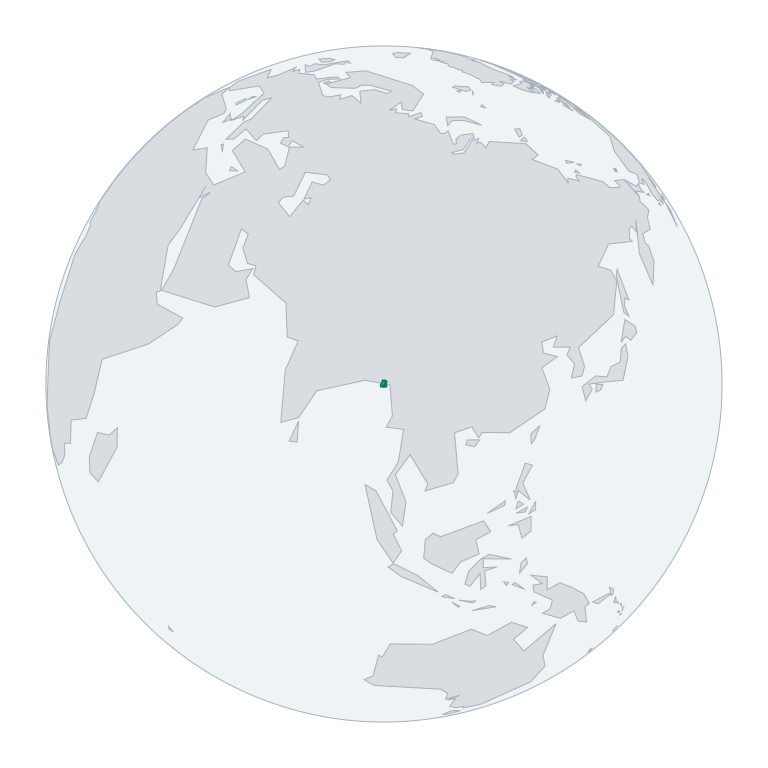 globe centered on Barisal, rotated 27°
{"feature_id": "BGD-2475", "entity_name": "Barisal", "entity_type": "Division", "adm_level": 1, "iso_a3": "BGD", "parent_name": "Bangladesh", "parent_adm1": "", "projection": "orthographic", "projection_center": [90.394, 22.436], "detail": "fine", "context": "on_globe", "style": "filled", "palette": "teal", "viewbox_px": 768, "rotation_deg": 27, "n_neighbors": 0, "source": "natural_earth", "source_scale": "10m", "svg_char_len": 14336}
<svg xmlns="http://www.w3.org/2000/svg" viewBox="0 0 768 768"><g transform="rotate(27 384 384)"><circle cx="384" cy="384" r="338" fill="#eef3f6" stroke="#a8b0b8"/><path d="M512.0,71.3L522.7,77.4L537.1,84.9L526.0,80.0L560.2,99.0L574.1,110.8L552.2,94.6L545.1,91.0L551.4,96.9L545.6,94.6L545.2,96.5L537.6,93.5L525.4,85.4L520.2,83.7L525.0,88.1L520.4,88.8L514.2,82.3L505.5,83.1L483.4,71.9L472.8,60.9L454.3,55.9L426.9,48.9L423.2,48.6L410.4,47.1L401.3,46.6L399.1,46.4L428.0,49.0L456.6,54.0L484.7,61.4L512.0,71.3ZM398.4,46.4L393.7,46.3L397.8,46.7L396.9,47.0L391.9,47.1L387.8,46.5L389.7,46.4L385.9,46.3L386.0,46.1L383.2,46.2L379.6,46.1L398.4,46.4ZM378.4,46.1L375.7,46.5L366.1,46.6L365.3,46.6L378.4,46.1ZM548.8,91.4L544.7,88.4L550.7,92.3L548.8,91.4ZM546.5,97.3L549.6,99.1L548.1,99.4L546.5,97.3ZM535.2,95.5L531.9,96.0L533.1,94.0L535.2,95.5ZM528.6,95.4L520.8,97.6L526.9,101.3L505.3,92.8L519.1,93.2L519.6,89.9L523.4,93.3L528.6,95.4ZM401.2,46.9L396.7,46.5L405.0,47.0L401.2,46.9ZM406.8,47.3L433.7,50.1L437.9,51.5L428.0,49.9L437.1,52.3L425.9,51.4L418.4,49.9L417.9,49.1L414.0,49.5L406.8,47.3ZM494.6,88.2L490.9,87.9L492.4,86.7L494.6,88.2ZM397.2,47.3L402.2,47.4L406.2,48.5L396.8,48.4L398.5,48.0L397.2,47.3ZM445.0,53.7L446.3,54.8L437.6,54.3L436.9,54.8L426.0,51.6L445.0,53.7ZM395.1,47.8L391.9,48.4L385.5,48.1L392.5,47.2L395.1,47.8ZM411.2,48.9L412.7,49.5L408.8,49.1L411.2,48.9ZM361.0,48.5L366.9,48.1L369.5,48.4L361.0,48.5ZM391.1,48.7L393.3,48.9L395.0,49.1L391.7,49.6L391.1,48.7ZM420.6,51.7L416.7,51.5L424.6,53.0L418.4,53.2L412.2,51.1L412.3,52.1L410.4,52.2L407.5,50.6L420.6,51.7ZM393.3,51.0L383.4,49.4L371.7,49.8L369.1,49.4L388.3,48.8L393.3,51.0ZM401.9,50.8L396.0,50.7L395.7,49.8L399.6,49.4L401.9,50.8ZM416.4,54.2L427.5,54.4L428.5,54.9L416.4,54.2ZM390.0,51.2L392.5,51.7L389.2,51.4L390.0,51.2ZM408.3,53.3L412.1,53.2L413.1,53.7L408.3,53.3ZM394.2,52.9L391.0,52.3L393.5,51.8L394.2,52.9ZM400.7,53.2L401.2,54.1L396.4,52.0L402.3,53.0L400.7,53.2ZM408.6,53.9L410.5,54.2L406.9,53.9L408.6,53.9ZM386.5,55.7L379.9,53.2L385.4,51.9L391.1,54.4L386.5,55.7ZM93.6,211.2L111.5,189.9L108.0,199.4L118.8,210.8L118.5,215.6L107.4,228.8L107.5,262.3L119.2,253.7L129.1,276.6L142.0,284.1L164.0,258.0L143.0,244.9L149.1,228.8L173.7,227.3L193.6,240.4L196.6,234.7L192.2,215.9L205.1,209.3L191.7,208.9L190.9,216.1L182.5,216.5L182.7,210.0L187.2,207.6L183.6,201.9L162.8,216.2L159.9,225.1L145.3,219.4L138.9,234.1L132.0,237.6L140.2,214.3L145.7,207.7L154.0,180.2L146.8,186.2L138.5,213.1L137.4,209.2L127.6,219.3L134.2,208.6L145.1,179.2L137.4,175.1L113.2,192.9L111.8,190.1L117.2,179.9L140.6,154.9L141.1,164.1L149.4,156.8L161.7,142.0L160.9,146.6L166.0,142.1L167.4,145.7L181.6,140.1L185.0,143.1L202.4,131.7L206.4,132.1L194.9,138.4L188.8,145.2L198.4,154.7L203.8,153.8L214.3,145.9L215.6,150.2L224.6,141.5L236.0,144.4L229.6,134.1L241.8,126.2L255.1,123.6L258.0,119.6L236.4,124.0L228.8,127.7L224.1,133.6L202.4,143.9L196.5,142.9L214.9,126.3L208.6,123.6L225.7,113.2L273.6,105.2L287.6,107.7L285.7,127.7L275.7,131.0L271.3,125.0L264.5,137.5L270.2,133.1L271.3,137.1L283.3,131.9L284.7,134.6L293.8,125.4L296.8,128.2L291.0,133.9L311.2,130.0L320.6,135.0L324.5,132.9L326.1,129.3L337.0,138.9L339.4,137.0L336.8,133.0L339.8,127.0L349.6,120.5L352.8,124.1L349.7,126.9L348.2,139.0L339.6,146.9L341.9,147.8L350.2,142.0L352.0,127.1L357.0,122.2L357.5,128.8L357.7,126.0L361.2,124.8L367.6,127.3L367.7,120.1L401.4,105.5L417.3,110.0L414.0,116.7L441.0,113.7L456.8,121.1L454.3,117.2L465.6,114.4L460.8,111.9L460.4,110.0L487.1,104.3L495.9,106.6L504.6,101.8L503.3,100.1L497.3,97.9L505.3,92.8L526.9,101.3L528.7,104.7L541.0,108.7L543.3,116.3L551.0,125.1L546.3,132.6L552.8,139.8L556.9,140.7L568.7,151.9L578.8,173.7L552.5,152.0L533.8,123.1L539.9,134.0L533.1,130.8L532.0,134.4L536.7,142.8L540.6,144.2L520.6,157.2L521.3,181.9L534.4,179.7L544.8,186.8L557.0,218.0L540.8,263.3L554.6,277.2L556.9,286.8L548.3,293.6L544.6,279.4L533.9,275.1L533.2,266.6L518.1,274.2L516.4,262.6L505.5,275.1L512.1,284.0L526.0,280.9L517.3,298.0L534.3,313.5L538.6,333.4L518.1,370.4L493.6,382.6L492.6,389.0L481.7,382.3L468.9,395.4L490.7,430.1L490.7,440.4L469.1,460.6L468.4,453.1L439.4,435.2L435.2,459.6L457.2,479.2L464.8,502.1L448.4,495.4L440.5,475.2L430.3,468.2L432.2,447.1L422.1,415.6L405.5,421.4L406.0,408.6L389.6,382.0L365.3,389.3L327.2,420.6L323.2,452.6L309.5,465.2L289.8,416.6L288.0,384.6L276.4,386.0L259.8,356.3L218.2,345.8L216.3,336.8L207.6,338.5L196.5,326.8L195.1,312.2L186.5,310.4L191.4,348.9L201.0,351.1L214.6,340.9L213.7,353.8L224.9,368.1L198.3,392.2L143.2,401.6L144.5,376.9L137.5,301.1L141.5,294.6L141.7,293.8L142.0,292.3L134.5,302.2L135.5,287.9L132.0,338.1L128.5,358.0L142.3,402.8L139.4,405.5L145.8,415.8L174.7,416.6L173.4,424.3L155.7,455.6L121.6,490.0L130.0,523.9L134.2,549.8L121.6,558.3L131.6,579.3L126.3,581.5L131.9,592.4L132.7,600.1L130.7,604.3L118.0,592.2L110.2,581.6L93.2,555.6L66.5,497.7L62.3,478.0L58.2,458.9L49.8,408.9L51.1,388.3L50.6,376.1L48.6,373.1L48.9,358.7L48.4,355.1L47.9,349.2L51.3,325.0L56.4,301.1L63.2,277.7L71.7,254.8L81.9,232.6L93.6,211.2ZM91.7,215.5L88.5,221.0L88.4,221.0L91.7,215.5ZM207.6,270.4L224.0,277.8L228.5,257.0L235.2,258.4L234.3,251.2L228.8,255.5L228.3,236.6L239.7,234.3L243.8,226.2L238.5,223.5L217.8,231.0L218.2,257.6L209.4,263.4L207.6,270.4ZM192.7,117.5L189.1,121.7L182.6,125.4L178.5,124.1L187.9,118.4L192.7,117.5ZM185.6,126.9L205.1,112.2L208.4,113.3L203.3,115.0L203.5,117.2L195.3,120.7L179.5,137.2L172.7,141.8L168.8,135.3L173.8,134.5L176.9,130.1L185.6,126.9ZM248.8,81.3L257.3,77.3L253.6,84.4L246.1,87.5L241.5,85.7L247.6,81.1L248.8,81.3ZM351.8,47.6L355.3,47.3L356.4,47.2L354.4,47.5L351.8,47.6ZM329.7,50.5L333.9,49.8L332.7,50.0L346.0,48.2L345.9,48.2L348.6,48.0L362.8,47.2L382.2,46.5L385.1,47.2L382.0,47.9L377.8,48.2L377.2,47.4L372.0,48.3L368.0,47.6L363.5,48.3L337.8,49.7L340.4,49.2L322.2,51.9L329.7,50.5ZM278.6,63.0L291.6,59.0L307.7,55.5L311.4,56.1L316.6,54.4L319.9,54.4L314.5,55.7L324.9,53.8L326.2,54.3L340.4,53.9L354.7,51.9L360.3,52.1L355.3,53.2L364.3,52.8L358.8,55.3L362.7,55.7L361.1,59.1L349.3,61.8L354.5,62.1L353.5,65.3L344.1,68.3L345.2,65.2L334.1,71.0L330.0,68.6L328.9,69.4L322.1,69.0L312.0,70.3L311.6,68.9L307.8,70.1L303.2,70.2L297.9,71.5L295.3,69.8L288.6,71.4L291.2,69.7L280.4,73.2L287.2,70.0L281.9,70.4L278.1,73.3L276.8,65.3L271.0,66.0L262.4,68.8L271.7,65.3L278.6,63.0ZM385.6,56.6L372.5,59.3L363.8,59.6L370.2,53.8L367.5,53.0L371.3,50.3L383.8,50.2L381.6,50.8L382.3,51.6L378.1,51.3L382.0,52.1L379.1,53.3L381.3,54.4L376.4,54.8L385.6,56.6ZM124.2,212.6L125.0,215.0L127.8,217.1L121.7,224.0L124.2,212.6ZM131.1,192.5L132.8,193.1L125.5,202.8L124.6,200.7L131.1,192.5ZM139.9,185.7L133.5,192.4L136.4,187.5L139.9,185.7ZM197.2,139.0L199.7,139.6L197.5,141.8L193.3,143.8L197.2,139.0ZM310.2,88.4L312.2,85.7L314.4,85.5L324.2,80.8L328.0,82.7L323.6,86.4L310.2,88.4ZM156.9,260.7L149.6,264.0L149.2,260.1L151.8,259.7L156.9,260.7ZM132.0,243.1L134.7,250.8L130.3,244.9L132.0,243.1ZM315.9,89.7L319.5,87.4L319.2,89.8L315.9,89.7ZM331.3,84.0L332.0,86.5L329.6,82.4L331.3,84.0ZM302.3,697.7L308.9,700.6L303.5,699.9L302.3,697.7ZM174.8,561.5L173.9,600.8L162.4,596.6L154.4,582.6L150.8,557.3L162.3,554.4L166.3,544.1L174.8,561.5ZM543.4,547.6L552.3,547.7L551.9,549.1L543.4,547.6ZM534.1,543.9L544.6,543.1L532.1,547.2L534.1,543.9ZM548.6,542.7L559.2,538.6L563.8,535.7L562.8,538.7L548.6,542.7ZM526.9,544.8L486.8,547.8L470.7,545.0L474.7,539.6L500.8,539.3L526.9,544.8ZM473.4,539.5L448.4,525.7L412.7,482.1L425.5,482.9L462.6,508.9L460.3,513.5L475.4,524.7L473.4,539.5ZM533.0,507.8L530.5,521.7L508.6,522.6L498.5,521.2L491.5,504.0L495.4,494.7L503.8,494.4L534.9,460.7L546.0,467.1L536.7,481.2L545.8,492.3L533.0,507.8ZM324.8,455.8L332.9,475.4L325.4,477.8L324.8,455.8ZM546.6,437.4L534.6,452.5L545.2,432.9L546.6,437.4ZM552.2,419.2L553.5,426.2L548.0,420.0L552.2,419.2ZM493.2,398.8L484.4,401.0L483.7,396.0L494.6,390.3L493.2,398.8ZM541.8,350.4L543.4,365.2L542.4,370.4L537.5,361.9L541.8,350.4ZM353.6,109.0L335.7,112.9L325.3,118.3L323.5,124.9L318.4,117.9L334.4,109.5L353.6,109.0ZM395.1,105.2L396.7,100.4L401.1,102.1L401.4,103.4L395.1,105.2ZM392.4,102.6L384.8,97.7L389.0,94.8L394.2,99.2L392.4,102.6ZM349.7,92.0L344.2,92.8L344.6,90.6L349.7,92.0ZM586.2,651.9L592.2,644.7L600.4,640.2L591.8,648.3L586.2,651.9ZM572.8,630.3L512.3,657.0L500.5,656.5L506.7,649.0L502.3,628.1L506.4,628.1L507.7,612.8L545.3,593.9L573.2,562.8L590.4,561.2L605.7,538.4L622.3,535.7L615.2,552.8L629.9,558.3L646.1,519.6L648.9,553.7L655.5,562.1L650.0,582.5L615.5,625.6L601.4,636.8L601.5,634.8L594.9,639.9L588.7,641.4L590.6,631.9L583.9,636.9L592.9,626.9L582.0,636.7L581.3,630.7L572.8,630.3ZM688.5,525.5L689.3,525.2L688.6,529.2L687.4,530.2L688.5,525.5ZM700.4,497.8L700.3,499.4L699.7,500.8L700.4,497.8ZM700.2,497.6L701.8,493.1L700.8,496.9L700.2,497.6ZM698.4,483.2L699.5,480.6L699.7,481.8L698.4,483.2ZM565.4,545.9L578.4,533.6L584.9,531.6L565.4,545.9ZM697.7,480.1L695.5,481.4L696.0,479.1L697.7,480.1ZM698.5,475.2L698.6,472.5L699.1,478.2L698.5,475.2ZM694.7,471.8L697.1,475.0L694.3,472.6L694.7,471.8ZM692.8,473.6L690.8,472.7L691.0,471.7L692.8,473.6ZM664.1,491.1L672.5,504.2L664.6,507.1L656.2,500.0L647.6,512.6L629.4,516.3L634.1,508.9L632.2,500.0L612.1,501.1L608.1,495.7L615.6,489.9L601.7,487.7L617.0,481.7L622.8,493.3L631.2,481.1L644.9,479.9L657.4,480.3L666.6,486.5L664.1,491.1ZM616.2,510.1L618.7,509.5L616.3,513.9L616.2,510.1ZM686.8,468.0L689.8,472.5L689.3,474.2L687.7,474.2L686.8,468.0ZM668.9,483.4L679.2,468.8L681.4,468.0L674.4,482.8L668.9,483.4ZM677.1,462.8L681.5,462.4L683.5,467.4L682.5,469.4L677.1,462.8ZM585.2,504.4L584.5,508.1L580.4,506.0L585.2,504.4ZM590.6,501.4L602.7,503.0L589.4,504.6L590.6,501.4ZM551.9,494.6L555.7,502.7L567.8,495.6L558.5,504.7L566.3,517.6L563.4,523.2L555.7,509.2L552.4,525.2L547.0,525.6L544.4,512.6L550.0,495.5L555.4,488.0L577.0,482.1L551.9,494.6ZM590.6,490.9L587.4,481.5L589.7,474.3L593.4,479.0L590.6,490.9ZM576.9,458.8L567.4,448.3L559.3,454.0L575.1,435.1L581.7,448.2L576.9,458.8ZM567.9,434.0L560.4,439.1L567.8,428.4L567.9,434.0ZM558.2,435.4L556.7,427.3L563.0,427.6L558.2,435.4ZM572.0,433.8L572.4,419.5L576.1,427.3L572.0,433.8ZM552.6,409.1L566.9,421.0L549.2,417.4L545.8,390.4L553.1,388.9L552.6,409.1ZM576.5,295.1L573.2,287.8L579.1,285.1L579.7,290.8L576.5,295.1ZM595.3,272.2L579.6,282.1L566.5,291.2L571.9,293.9L571.3,307.3L561.8,296.3L569.0,280.7L579.4,276.4L578.4,265.5L584.5,257.2L579.2,244.5L581.0,238.5L589.0,248.9L595.3,272.2ZM576.4,239.3L569.4,217.2L581.6,218.5L585.9,223.6L584.0,233.0L577.7,231.7L576.4,239.3ZM571.3,212.4L565.0,211.2L541.6,181.8L539.7,176.1L564.0,197.8L559.5,198.0L563.1,205.5L571.3,212.4ZM493.4,89.7L491.1,88.1L494.9,89.3L493.4,89.7ZM457.5,108.7L457.7,106.2L462.2,107.3L457.5,108.7ZM460.6,100.2L455.5,100.6L459.6,98.6L460.6,100.2ZM444.1,102.3L452.8,100.1L446.4,104.5L444.1,102.3Z" fill="#d9dde1" stroke="#a8b0b8" stroke-width="1"/><path d="M384.3,380.4L384.3,380.5L384.5,380.9L384.6,381.0L384.8,381.2L384.8,381.3L384.7,381.4L384.4,381.4L384.3,381.5L384.2,381.9L384.2,382.0L383.9,382.1L384.0,382.1L384.3,382.1L384.5,382.2L384.5,382.3L384.6,382.6L384.6,382.8L384.6,383.0L384.4,383.1L384.3,383.6L384.4,383.3L384.4,383.2L384.5,383.1L384.9,383.3L385.0,383.4L385.1,383.6L385.2,383.8L385.1,384.0L385.2,384.4L385.2,384.5L385.0,385.2L384.9,385.4L384.6,385.5L384.5,385.8L384.4,386.0L384.2,386.1L384.0,385.8L384.1,385.5L384.1,385.4L384.1,385.2L384.1,384.9L384.0,385.0L384.0,385.3L384.1,385.5L383.9,385.7L383.9,386.0L383.7,386.2L383.7,386.3L383.6,386.5L383.5,387.0L383.4,387.2L383.4,387.3L383.0,387.7L382.9,387.7L382.7,387.7L382.4,387.6L382.4,387.4L382.5,387.4L382.4,387.3L382.5,387.2L382.4,387.3L382.2,387.4L382.2,387.5L382.1,387.4L382.0,387.2L382.0,386.9L382.3,386.6L382.4,386.3L382.6,386.0L382.7,385.9L382.8,385.9L383.0,385.8L383.1,385.7L383.1,385.4L383.0,385.7L383.0,385.8L382.9,385.8L382.7,385.9L382.3,386.3L382.2,386.5L381.8,386.6L381.9,386.4L382.0,386.2L382.1,385.8L382.1,385.7L382.3,385.6L382.1,385.7L382.1,385.8L382.0,386.0L381.8,386.3L381.8,386.6L381.7,386.6L381.4,386.2L381.4,385.8L381.3,385.5L381.3,385.4L381.2,385.2L381.2,384.9L381.3,384.6L381.8,383.9L381.8,383.7L381.7,383.8L381.7,383.6L381.6,383.3L381.6,383.2L381.5,382.9L381.4,382.8L381.3,382.7L381.5,382.6L381.4,382.5L381.2,382.4L381.3,382.3L381.5,382.2L381.4,382.1L381.5,381.9L381.4,381.9L381.5,381.8L381.5,381.7L381.6,381.8L381.7,381.7L381.5,381.4L381.8,381.4L382.0,381.2L382.2,380.8L382.3,380.7L382.5,380.5L382.6,380.3L382.9,380.3L383.0,380.3L383.1,380.5L383.2,380.8L383.3,380.8L383.5,380.8L383.5,380.7L383.6,380.4L383.4,380.4L383.5,380.3L383.8,380.3L384.0,380.5L384.3,380.4ZM386.0,383.5L386.4,383.9L386.5,384.0L386.4,384.6L386.4,385.5L386.1,386.1L385.9,386.1L385.8,386.3L385.6,386.5L385.4,386.6L385.4,386.3L385.5,386.1L385.3,386.4L385.2,386.4L385.2,386.1L385.3,385.8L385.2,385.7L385.3,385.5L385.5,385.0L385.6,384.9L385.6,384.4L385.6,384.2L385.6,383.9L385.4,383.5L385.4,383.3L385.0,383.0L384.9,383.0L384.9,382.8L384.9,382.6L385.0,382.1L385.4,381.9L385.5,382.3L385.6,382.5L385.7,382.8L385.8,382.9L385.9,383.1L386.0,383.3L386.0,383.5ZM385.4,381.6L385.5,381.8L385.3,381.8L385.1,381.8L384.9,381.9L384.8,382.0L384.7,382.0L384.8,382.3L384.7,382.4L384.6,382.2L384.3,382.0L384.4,381.7L384.5,381.4L384.7,381.5L384.8,381.5L384.8,381.4L385.1,381.4L385.3,381.5L385.4,381.6ZM385.5,381.0L385.3,381.0L385.5,381.2L385.3,381.1L385.2,381.1L385.1,380.9L385.0,381.0L384.9,381.0L384.7,381.0L384.6,380.8L384.7,380.6L384.9,380.5L385.0,380.5L385.4,380.8L385.5,380.9L385.5,381.0ZM384.8,386.2L384.6,386.3L384.5,386.2L384.8,385.9L385.0,385.8L385.1,385.6L385.1,386.0L385.1,385.9L385.0,386.0L384.9,386.4L384.8,386.6L384.7,386.6L384.6,386.4L384.8,386.2ZM384.2,386.3L384.4,386.6L384.5,386.7L384.4,386.9L384.3,387.0L384.2,387.1L384.0,386.9L384.1,386.7L384.1,386.4L384.2,386.3ZM385.1,386.7L385.1,386.8L385.1,387.0L384.9,387.1L384.8,387.3L384.7,387.4L384.8,387.3L384.7,387.2L384.7,386.9L385.1,386.7ZM383.7,386.9L383.8,386.7L384.0,386.6L383.8,386.9L383.7,387.4L383.7,387.5L383.6,387.2L383.7,386.9ZM387.0,385.2L387.1,384.9L387.1,384.7L387.2,384.4L387.2,384.5L387.3,384.8L387.0,385.2ZM387.0,385.4L387.1,385.7L387.0,385.9L386.9,385.9L386.9,385.6L387.0,385.3L387.0,385.4ZM385.2,384.1L385.1,383.9L385.3,384.0L385.4,384.3L385.5,384.5L385.4,384.3L385.4,384.6L385.3,384.8L385.3,384.7L385.2,384.1ZM384.6,380.3L384.5,380.6L384.4,380.6L384.3,380.3L384.5,380.3L384.6,380.3ZM387.2,385.5L387.2,385.2L387.3,385.1L387.3,385.3L387.2,385.4L387.2,385.5ZM384.0,386.3L383.9,386.4L383.8,386.6L383.7,386.7L383.8,386.4L384.0,386.3ZM385.4,384.1L385.4,383.7L385.5,383.7L385.5,383.8L385.5,384.0L385.4,384.1Z" fill="#14b8a6" stroke="#0f766e" stroke-width="1.5"/></g></svg>